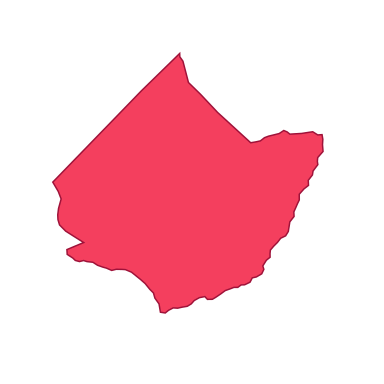 outline of São João do Caiuá, Paraná, Brazil, rotated 44°
{"feature_id": "56859067B54492092524937", "entity_name": "São João do Caiuá", "entity_type": "district", "adm_level": 2, "iso_a3": "BRA", "parent_name": "Brazil", "parent_adm1": "Paraná", "projection": "natural_earth1", "projection_center": [-52.296, -22.832], "detail": "fine", "context": "isolated", "style": "filled", "palette": "rose", "viewbox_px": 384, "rotation_deg": 44, "n_neighbors": 0, "source": "geoboundaries", "source_scale": "gbopen_adm2", "svg_char_len": 1452}
<svg xmlns="http://www.w3.org/2000/svg" viewBox="0 0 384 384"><g transform="rotate(44 192 192)"><path d="M252.8,300.4L256.8,297.6L257.3,293.4L259.0,288.4L262.4,285.5L264.9,281.7L268.0,277.5L269.2,273.0L269.0,268.5L270.7,262.9L273.9,258.3L277.7,258.5L281.2,255.0L282.2,251.3L283.5,245.2L284.4,239.8L286.8,235.0L288.4,231.5L291.2,228.8L291.9,224.7L294.3,222.2L296.4,216.6L295.0,211.9L297.3,208.4L299.0,202.4L297.4,197.7L294.3,196.0L292.9,189.4L293.5,184.7L290.9,182.1L288.7,179.3L288.4,174.1L288.5,169.0L287.9,163.7L289.8,158.5L288.7,153.5L283.1,145.5L282.4,138.7L279.1,135.6L277.3,130.6L275.9,126.9L274.7,123.2L270.7,119.1L270.4,112.0L271.2,106.3L267.5,102.8L266.8,96.1L264.5,92.8L263.5,84.9L260.9,82.9L258.5,79.9L258.1,71.8L253.0,67.3L249.5,63.2L245.7,60.4L242.8,63.6L237.0,64.8L234.3,68.3L230.2,73.7L222.2,82.4L218.7,82.7L215.3,84.0L214.1,89.4L210.4,95.3L208.3,98.6L206.4,102.6L205.7,107.7L203.1,111.6L200.0,115.8L155.2,117.0L130.3,115.8L113.4,115.7L94.6,104.2L89.3,103.2L86.9,100.9L85.3,154.3L85.2,207.6L85.0,281.6L95.4,284.5L102.7,287.9L107.4,296.5L111.3,301.7L114.8,305.0L119.6,307.7L128.4,307.9L149.2,303.6L142.0,320.3L145.6,323.6L152.0,322.3L155.6,322.3L159.4,320.2L161.6,316.6L164.7,315.1L169.5,311.4L175.0,310.3L180.2,307.9L183.3,306.2L188.7,304.2L191.2,300.2L195.4,296.3L198.0,294.1L204.2,291.7L215.4,290.7L221.9,290.4L229.2,291.3L234.4,291.4L239.0,294.1L246.0,295.4L252.8,300.4Z" fill="#f43f5e" stroke="#9f1239" stroke-width="1.5"/></g></svg>